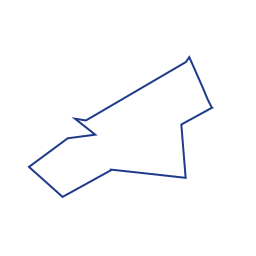 Belle Plain, Soufrière, Saint Lucia (Equal Earth projection), rotated 295°
{"feature_id": "8701671B19516927692390", "entity_name": "Belle Plain", "entity_type": "district", "adm_level": 2, "iso_a3": "LCA", "parent_name": "Saint Lucia", "parent_adm1": "Soufrière", "projection": "equal_earth", "projection_center": [-61.03, 13.828], "detail": "fine", "context": "isolated", "style": "outline", "palette": "blue", "viewbox_px": 256, "rotation_deg": 295, "n_neighbors": 0, "source": "geoboundaries", "source_scale": "gbopen_adm2", "svg_char_len": 393}
<svg xmlns="http://www.w3.org/2000/svg" viewBox="0 0 256 256"><g transform="rotate(295 128 128)"><path d="M93.2,77.7L50.9,54.7L37.9,97.8L82.8,130.6L83.1,130.3L87.5,143.1L107.2,201.3L153.6,174.9L153.9,175.0L181.7,195.4L181.9,195.6L182.0,195.2L187.5,188.2L196.1,178.8L218.1,153.6L212.3,152.6L117.1,86.7L114.0,76.1L108.1,101.1L93.2,77.7Z" fill="none" stroke="#1e3a8a" stroke-width="2"/></g></svg>